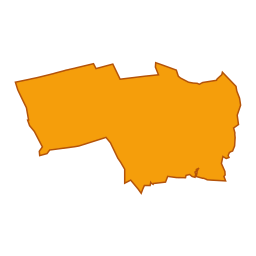 the district of Arivechi, Sonora, Mexico
{"feature_id": "50627088B87528295570068", "entity_name": "Arivechi", "entity_type": "district", "adm_level": 2, "iso_a3": "MEX", "parent_name": "Mexico", "parent_adm1": "Sonora", "projection": "mercator", "projection_center": [-109.041, 28.858], "detail": "fine", "context": "isolated", "style": "filled", "palette": "amber", "viewbox_px": 256, "rotation_deg": 0, "n_neighbors": 0, "source": "geoboundaries", "source_scale": "gbopen_adm2", "svg_char_len": 1732}
<svg xmlns="http://www.w3.org/2000/svg" viewBox="0 0 256 256"><path d="M28.4,122.3L29.6,125.7L34.4,131.5L38.9,140.2L40.0,142.3L42.4,146.9L39.3,151.3L39.7,155.6L47.0,153.6L49.7,150.0L74.8,146.7L78.8,146.0L106.0,137.4L109.8,142.0L110.4,142.7L117.8,158.1L120.6,162.2L124.7,169.2L124.7,183.2L130.7,180.1L138.1,189.0L141.2,193.3L142.8,189.0L144.4,185.5L150.1,185.5L150.7,182.4L151.2,183.1L151.7,183.5L153.1,184.3L153.4,183.5L165.5,182.1L167.7,176.4L176.6,177.6L185.5,177.7L186.0,175.4L189.6,174.5L192.1,176.5L195.0,177.3L195.7,174.0L195.6,173.7L195.1,172.8L195.1,171.9L196.2,171.5L196.6,170.8L196.3,170.3L197.3,170.0L196.7,169.3L199.0,168.1L197.8,169.5L197.2,170.9L196.9,172.7L196.9,172.8L197.0,172.9L196.2,176.5L202.7,178.3L203.8,178.3L206.5,179.4L207.1,179.8L211.2,180.1L225.6,180.9L223.9,176.4L225.1,175.0L224.9,171.5L221.4,163.5L222.9,156.5L226.2,158.5L229.0,157.5L228.1,155.5L229.2,152.9L230.3,151.9L232.6,151.0L234.6,146.0L235.1,137.7L234.8,134.3L234.9,132.8L233.6,128.0L238.5,124.5L238.4,123.9L238.1,121.8L237.2,115.2L240.6,105.2L239.7,99.2L239.5,98.1L239.2,97.3L236.8,91.1L236.0,86.4L222.4,72.2L221.8,74.7L217.1,79.0L216.5,80.3L202.7,82.5L199.3,84.3L197.2,83.3L193.4,83.1L188.5,82.2L180.6,78.1L179.3,77.1L178.3,76.2L176.3,70.1L162.6,65.1L155.7,62.7L155.4,67.1L158.5,74.8L144.9,76.2L120.1,79.2L112.8,64.1L96.0,68.6L93.5,63.7L75.9,67.9L74.8,68.2L69.9,69.3L69.3,69.4L69.1,69.5L68.7,69.6L67.9,69.8L67.4,69.9L67.2,69.9L66.3,70.1L65.5,70.3L64.9,70.5L64.2,70.7L63.5,70.9L55.9,72.9L54.2,73.4L52.8,73.8L51.8,74.0L51.4,74.1L50.4,74.4L41.8,76.5L41.4,76.6L36.9,77.7L30.6,79.0L30.4,79.1L15.4,82.2L17.7,89.6L18.7,91.8L21.0,96.6L24.2,103.2L26.4,107.7L28.6,120.0L27.6,120.1L28.4,122.3Z" fill="#f59e0b" stroke="#b45309" stroke-width="1.5"/></svg>